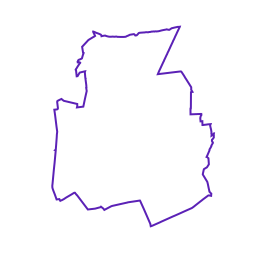 the district of Topraisar, Constanta, Romania, rotated 351°
{"feature_id": "2599482B45619773184208", "entity_name": "Topraisar", "entity_type": "district", "adm_level": 2, "iso_a3": "ROU", "parent_name": "Romania", "parent_adm1": "Constanta", "projection": "natural_earth1", "projection_center": [28.487, 44.028], "detail": "fine", "context": "isolated", "style": "outline", "palette": "violet", "viewbox_px": 256, "rotation_deg": 351, "n_neighbors": 0, "source": "geoboundaries", "source_scale": "gbopen_adm2", "svg_char_len": 5308}
<svg xmlns="http://www.w3.org/2000/svg" viewBox="0 0 256 256"><g transform="rotate(351 128 128)"><path d="M62.7,90.2L62.4,90.4L62.3,90.6L62.2,91.0L62.1,91.3L61.9,97.3L61.8,97.7L61.7,98.0L61.4,98.3L61.1,98.4L60.9,98.5L60.6,98.5L60.3,98.5L58.1,98.4L58.0,103.8L58.0,104.0L57.6,115.7L57.6,115.8L57.5,120.6L56.7,123.4L56.3,125.3L56.2,125.8L54.5,133.0L53.3,138.0L52.5,138.5L53.1,138.9L50.2,150.3L50.1,150.7L48.3,157.4L44.6,171.8L44.4,172.4L44.4,172.5L44.2,173.2L44.0,174.9L44.1,176.2L44.5,178.4L45.3,182.1L46.3,187.4L49.1,187.5L49.2,187.8L49.5,188.8L49.6,189.1L49.7,189.3L49.9,189.2L50.2,189.1L50.5,189.1L51.2,189.0L53.5,188.2L54.8,187.6L56.1,187.0L62.0,184.7L63.4,184.1L64.1,183.8L64.6,183.6L65.0,183.6L65.4,183.6L65.5,183.7L65.5,183.8L66.9,186.2L67.1,186.3L75.6,202.2L82.9,202.5L88.5,201.9L89.0,201.5L90.9,203.6L91.3,204.2L91.8,205.2L99.1,202.7L100.1,202.5L101.6,202.4L115.9,201.5L116.0,201.5L116.3,201.4L125.4,201.5L128.4,201.5L128.6,201.9L131.0,210.6L135.1,226.4L135.0,227.0L135.0,227.3L135.1,227.8L135.1,228.6L135.9,228.5L136.8,228.3L139.4,227.6L144.7,226.2L146.3,225.7L152.6,224.0L158.5,222.4L160.9,221.8L165.4,220.6L170.5,219.2L174.2,218.2L177.6,217.3L178.4,217.1L178.8,216.9L179.1,216.8L179.5,216.6L181.2,215.7L182.4,215.0L185.8,213.1L188.3,211.7L189.8,210.9L190.6,210.4L195.4,207.9L195.8,207.7L196.3,207.4L196.6,207.3L196.9,207.2L197.2,207.2L197.6,207.3L198.2,207.5L199.2,207.9L199.5,208.0L199.6,207.6L199.6,207.4L199.8,206.7L200.0,206.0L200.0,205.9L199.9,205.8L199.1,204.6L198.6,203.8L198.5,203.7L198.4,201.7L198.3,200.4L198.1,195.9L197.9,193.6L196.9,191.2L194.6,185.6L194.6,185.4L196.4,180.8L196.5,180.6L196.8,180.4L199.5,179.3L199.8,179.2L202.2,176.5L202.7,170.5L201.7,169.2L201.1,168.9L201.7,168.0L202.4,167.0L202.6,166.6L203.2,165.7L203.5,165.2L203.7,164.9L203.9,164.5L204.1,164.3L204.4,163.8L204.7,163.3L204.9,163.0L205.0,162.8L205.0,162.5L205.1,162.3L205.1,162.2L205.2,161.9L205.3,161.8L205.5,161.5L205.7,161.3L205.9,161.1L206.1,160.8L206.4,160.5L206.7,160.1L206.9,159.8L207.2,159.4L207.4,159.2L207.5,158.7L207.6,158.4L207.9,158.0L208.5,157.4L208.8,156.9L209.0,156.6L209.2,156.3L209.6,155.9L209.8,155.7L210.3,155.5L209.7,155.5L209.3,155.2L209.0,154.5L208.9,154.0L209.0,153.2L209.1,152.8L209.7,152.3L210.6,151.6L211.1,150.9L211.3,150.7L211.4,150.3L211.3,149.8L211.6,149.1L211.6,148.8L211.6,148.2L211.9,147.1L212.0,146.8L211.9,146.8L211.7,146.9L211.6,147.1L211.1,147.5L210.6,147.9L209.9,148.3L209.3,148.6L209.4,148.2L209.6,147.8L209.6,147.6L209.6,147.4L209.6,147.1L209.5,146.9L209.5,146.5L209.5,146.3L209.8,145.2L209.8,142.0L209.7,141.7L209.5,138.5L209.6,138.2L210.2,137.1L207.3,136.9L205.6,136.9L203.7,136.8L202.4,136.8L202.0,136.7L202.5,132.9L200.7,132.8L200.8,131.4L200.9,129.6L201.7,127.5L202.4,126.9L202.6,126.2L202.6,125.9L202.2,126.0L202.0,125.5L191.9,124.3L192.7,118.8L192.8,118.5L193.1,118.5L193.4,117.0L195.8,102.5L196.3,102.5L197.1,102.4L197.3,102.4L196.4,100.1L196.6,99.1L196.8,97.6L196.5,96.9L196.0,95.7L194.1,91.3L193.0,88.7L192.6,87.9L191.5,85.1L189.7,81.1L189.1,80.4L188.9,80.4L187.4,80.3L177.1,79.9L176.9,79.9L165.9,79.5L167.6,76.7L168.9,74.8L173.2,68.4L174.1,67.2L174.3,66.7L175.3,65.3L177.3,62.3L178.2,61.1L178.9,59.9L179.3,59.3L180.0,58.4L180.9,57.0L181.2,56.5L181.5,56.2L182.1,55.2L182.9,54.0L185.0,50.9L185.5,50.2L186.4,48.7L186.9,48.1L187.4,47.4L189.0,44.9L190.4,42.9L191.3,41.5L192.0,40.5L193.1,38.9L194.9,36.3L195.0,36.1L194.6,36.1L194.0,36.1L193.0,35.9L189.4,36.1L187.2,36.3L186.8,36.3L186.3,36.5L184.2,37.5L183.6,37.4L181.5,36.6L181.2,36.7L178.0,36.8L176.2,36.9L175.4,37.0L173.5,37.2L171.2,37.1L170.7,36.9L169.6,36.8L169.3,36.9L168.9,36.8L168.2,36.6L167.0,36.6L166.4,36.5L166.0,36.5L165.3,36.6L164.8,36.6L163.9,36.5L163.7,36.5L163.3,36.6L163.1,36.6L162.4,36.5L160.7,36.2L159.3,36.2L158.4,36.1L154.8,35.8L154.1,35.8L153.5,35.9L153.3,36.0L152.9,36.4L152.3,36.9L151.8,37.3L151.3,37.6L151.0,37.8L150.5,37.8L149.8,37.8L149.6,37.7L149.5,37.3L149.2,36.9L148.9,36.5L148.7,36.3L148.5,36.2L147.2,36.2L144.6,36.2L144.2,36.3L143.7,36.4L143.1,36.7L142.0,36.9L141.2,37.1L140.6,37.3L140.1,37.5L139.8,37.5L139.2,37.5L138.3,37.4L136.9,37.2L135.7,37.0L133.3,36.6L132.2,36.4L131.8,36.3L131.4,36.1L131.0,35.9L129.9,35.8L129.2,35.8L128.6,35.7L127.9,35.5L127.0,35.3L126.5,35.3L125.6,35.2L124.9,35.1L124.2,35.0L123.5,34.8L122.6,34.5L121.7,34.1L120.6,33.6L120.3,33.3L119.9,33.2L119.4,33.1L117.4,33.1L116.2,33.2L116.2,32.9L116.2,32.4L115.7,31.5L113.7,30.2L111.3,28.9L110.5,28.3L109.5,27.7L108.7,27.3L108.6,27.5L109.9,31.9L108.7,32.5L108.3,32.6L108.0,32.7L103.1,34.7L102.6,35.0L102.2,35.2L101.4,35.9L98.1,38.5L95.4,40.6L95.4,46.7L95.9,47.0L94.8,49.0L93.4,52.0L93.1,52.2L92.4,52.4L91.3,52.7L90.2,52.9L89.9,53.1L89.6,53.2L89.4,53.4L89.2,53.7L89.1,54.1L88.6,54.6L88.6,55.3L89.8,55.4L90.2,55.5L90.4,55.5L91.0,56.0L90.9,56.3L90.6,56.4L90.5,56.5L89.9,57.2L89.5,57.6L88.6,58.6L87.5,59.8L86.8,60.7L85.9,61.6L85.5,62.1L85.4,62.2L85.4,62.3L85.5,62.4L85.6,62.7L85.7,62.8L85.4,68.9L86.3,68.9L88.9,65.8L89.1,65.7L94.0,65.3L94.5,65.3L94.4,65.5L94.2,65.8L94.1,66.1L93.7,71.5L93.8,72.0L93.7,72.0L93.5,79.5L93.4,79.8L93.3,81.4L93.1,81.4L93.0,81.5L93.0,85.0L91.4,89.0L89.6,93.6L88.2,97.3L87.2,99.9L80.8,99.7L81.2,98.7L81.4,98.1L81.6,96.3L81.3,96.2L69.3,91.3L68.7,91.0L68.6,90.9L67.7,89.9L66.8,88.9L66.5,89.0L65.8,89.2L63.5,89.9L63.2,90.0L62.9,90.2L62.7,90.2Z" fill="none" stroke="#5b21b6" stroke-width="2"/></g></svg>